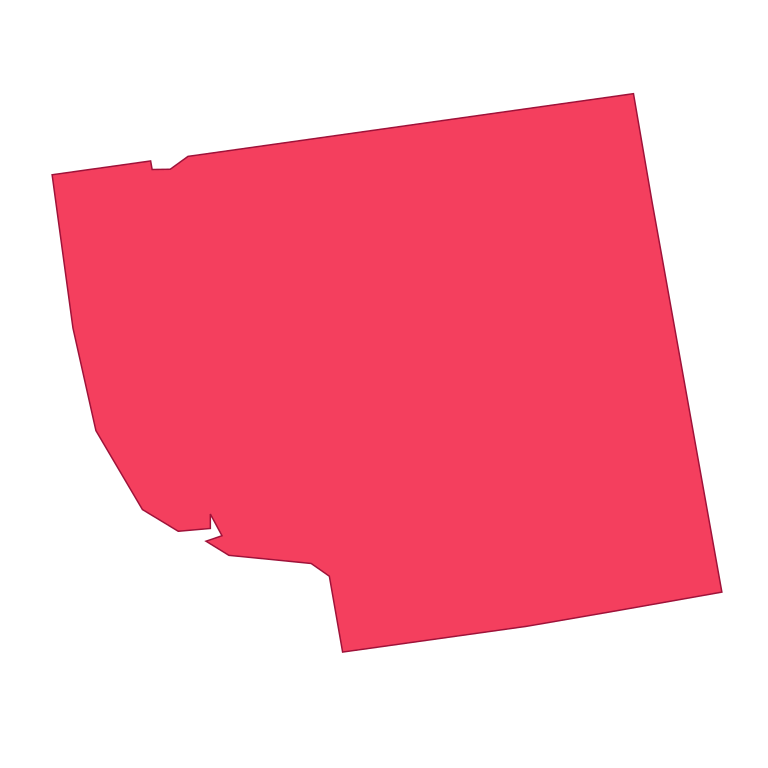 McNairy, Tennessee, United States of America, rotated 260°
{"feature_id": "52423323B32095866653049", "entity_name": "McNairy", "entity_type": "district", "adm_level": 2, "iso_a3": "USA", "parent_name": "United States of America", "parent_adm1": "Tennessee", "projection": "orthographic", "projection_center": [-88.59, 35.19], "detail": "fine", "context": "isolated", "style": "filled", "palette": "rose", "viewbox_px": 768, "rotation_deg": 260, "n_neighbors": 0, "source": "geoboundaries", "source_scale": "gbopen_adm2", "svg_char_len": 468}
<svg xmlns="http://www.w3.org/2000/svg" viewBox="0 0 768 768"><g transform="rotate(260 384 384)"><path d="M127.2,296.7L120.6,483.1L120.3,578.3L120.4,680.6L460.0,679.8L515.2,679.6L515.3,679.6L626.6,680.1L642.2,230.5L632.6,210.7L635.5,192.9L644.2,192.9L647.7,93.5L493.0,87.4L388.1,92.2L302.3,124.3L274.7,155.8L271.9,187.9L286.1,190.4L262.7,198.1L260.1,181.4L242.2,201.5L219.9,281.1L204.2,296.8L127.2,296.7Z" fill="#f43f5e" stroke="#9f1239" stroke-width="1.5"/></g></svg>